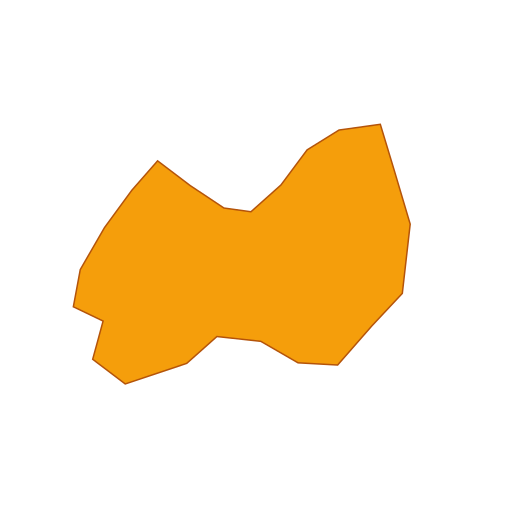 outline of Osan-si, Gyeonggi, South Korea, rotated 120°
{"feature_id": "91817680B96375859106804", "entity_name": "Osan-si", "entity_type": "district", "adm_level": 2, "iso_a3": "KOR", "parent_name": "South Korea", "parent_adm1": "Gyeonggi", "projection": "natural_earth1", "projection_center": [127.056, 37.158], "detail": "fine", "context": "isolated", "style": "filled", "palette": "amber", "viewbox_px": 512, "rotation_deg": 120, "n_neighbors": 0, "source": "geoboundaries", "source_scale": "gbopen_adm2", "svg_char_len": 482}
<svg xmlns="http://www.w3.org/2000/svg" viewBox="0 0 512 512"><g transform="rotate(120 256 256)"><path d="M427.1,345.8L432.2,305.3L383.6,262.3L345.3,249.6L327.5,209.2L327.5,166.2L309.6,130.8L258.5,120.7L215.2,110.6L151.3,138.4L113.0,178.8L79.8,214.2L105.4,247.1L138.5,264.8L182.0,269.9L220.2,282.5L230.5,307.8L227.9,348.3L222.8,388.8L261.1,396.4L307.1,401.4L355.6,401.4L391.3,388.8L388.8,355.9L406.5,351.2L427.1,345.8Z" fill="#f59e0b" stroke="#b45309" stroke-width="1.5"/></g></svg>